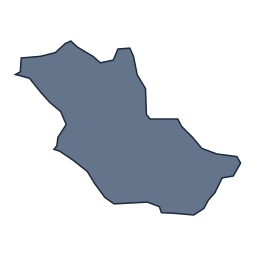 Klippan, Skåne, Sweden (orthographic projection)
{"feature_id": "70781695B13105561347564", "entity_name": "Klippan", "entity_type": "district", "adm_level": 2, "iso_a3": "SWE", "parent_name": "Sweden", "parent_adm1": "Skåne", "projection": "orthographic", "projection_center": [13.278, 56.144], "detail": "fine", "context": "isolated", "style": "filled", "palette": "slate", "viewbox_px": 256, "rotation_deg": 0, "n_neighbors": 0, "source": "geoboundaries", "source_scale": "gbopen_adm2", "svg_char_len": 738}
<svg xmlns="http://www.w3.org/2000/svg" viewBox="0 0 256 256"><path d="M15.4,74.5L29.5,78.3L41.4,93.1L49.7,102.3L60.7,111.6L66.2,124.5L57.9,137.4L56.9,145.7L53.9,149.3L59.7,151.2L73.5,160.5L87.4,171.6L94.7,183.6L104.9,197.5L114.1,203.9L147.4,202.1L159.4,206.7L161.4,212.7L172.4,213.2L183.7,214.1L193.7,215.0L203.8,208.5L208.4,200.1L214.9,192.7L222.2,177.9L233.3,176.0L240.6,163.1L239.1,160.4L236.9,156.6L216.6,153.9L201.8,148.4L193.1,138.0L192.6,137.4L181.5,126.3L177.8,119.0L150.1,119.0L146.4,114.4L145.5,88.6L137.2,74.8L133.5,56.4L130.4,49.4L129.8,48.1L117.9,49.0L113.3,60.1L100.4,62.8L93.0,56.4L77.4,47.1L70.9,41.0L65.4,43.4L55.3,52.6L40.6,56.3L21.2,58.0L20.3,71.8L15.4,74.5Z" fill="#64748b" stroke="#1e293b" stroke-width="1.5"/></svg>